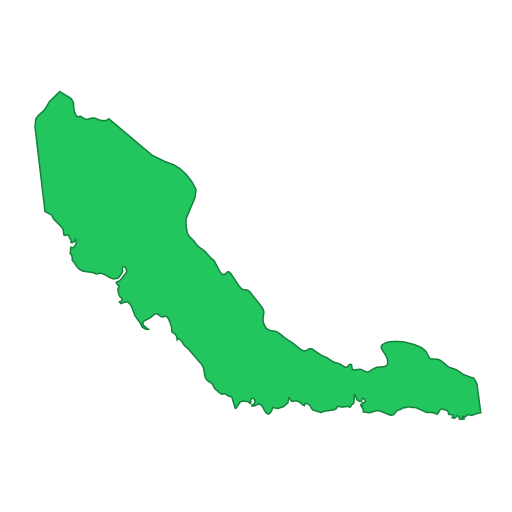 the Province of Central, rotated 353°
{"feature_id": "PNG-1249", "entity_name": "Central", "entity_type": "Province", "adm_level": 1, "iso_a3": "PNG", "parent_name": "Papua New Guinea", "parent_adm1": "", "projection": "natural_earth1", "projection_center": [147.941, -9.068], "detail": "fine", "context": "isolated", "style": "filled", "palette": "green", "viewbox_px": 512, "rotation_deg": 353, "n_neighbors": 0, "source": "natural_earth", "source_scale": "10m", "svg_char_len": 5640}
<svg xmlns="http://www.w3.org/2000/svg" viewBox="0 0 512 512"><g transform="rotate(353 256 256)"><path d="M460.0,439.0L456.4,439.2L452.3,440.2L450.0,440.4L446.9,439.2L445.6,440.2L444.0,441.1L442.0,440.2L441.1,441.3L442.8,442.1L442.8,443.1L439.0,443.1L438.0,442.6L437.6,440.0L436.8,439.2L435.5,439.5L434.4,440.6L433.0,441.3L430.9,440.2L432.3,439.2L432.3,438.2L431.3,437.5L428.2,436.8L427.8,435.7L427.8,434.3L427.1,432.8L421.6,430.3L420.0,431.1L417.7,434.0L416.4,435.2L414.9,434.1L412.5,433.1L409.8,432.5L407.5,432.3L405.9,431.8L397.0,426.5L395.1,425.7L391.8,425.2L389.6,424.5L388.5,424.3L386.1,424.7L385.0,424.8L384.3,424.3L381.4,425.7L379.9,426.1L378.7,426.3L377.0,426.8L375.5,428.1L374.2,429.5L373.2,430.3L370.7,430.6L368.4,429.6L360.0,424.9L358.5,424.5L356.6,424.3L350.2,425.4L348.6,425.3L346.3,424.5L344.7,424.3L343.4,423.7L343.7,420.5L342.6,419.4L342.8,418.9L343.2,417.9L343.4,417.4L342.1,417.5L341.7,417.4L342.4,415.7L343.4,414.9L344.7,414.5L346.4,414.5L347.1,413.3L346.0,411.2L344.3,410.1L343.4,412.1L342.8,413.1L341.4,413.0L340.0,412.2L339.2,411.6L338.6,410.3L337.4,405.6L336.6,405.6L335.8,411.4L334.9,414.2L332.8,415.4L331.5,417.0L331.1,417.6L330.3,417.3L328.9,416.5L323.1,416.5L320.2,415.6L318.6,415.3L317.9,415.9L317.3,417.2L315.8,417.9L313.9,418.3L304.2,418.4L301.8,419.4L293.7,415.8L292.5,414.0L291.4,411.0L289.0,408.8L286.7,408.3L285.7,410.5L283.9,409.2L282.4,407.4L280.6,405.7L278.0,404.6L276.9,404.6L274.6,404.8L273.8,404.6L273.0,403.8L272.2,401.7L271.2,400.7L269.7,405.7L264.8,409.0L258.9,410.0L254.2,408.5L252.4,411.9L251.0,413.4L249.1,414.5L246.8,412.8L245.5,410.1L244.4,407.1L243.1,404.6L241.2,403.3L239.2,403.6L236.9,404.4L233.8,404.6L233.8,403.6L236.2,402.7L237.2,400.4L237.0,398.0L235.5,396.7L234.5,396.9L233.6,397.7L233.1,398.8L232.7,401.8L232.0,401.5L230.4,399.6L225.3,398.3L222.4,399.1L217.7,404.6L216.8,404.6L214.7,392.6L213.5,392.4L211.9,391.8L210.6,391.0L210.0,390.3L209.3,389.2L207.9,389.0L206.2,389.0L205.0,388.9L203.4,387.6L198.9,382.6L198.0,380.4L197.3,378.1L195.7,376.3L193.7,374.7L192.1,373.0L191.1,371.0L190.6,368.7L190.4,362.5L189.9,359.5L188.8,356.9L177.6,340.2L174.3,336.4L173.1,334.5L172.1,332.1L170.7,329.9L168.4,328.5L167.5,329.5L167.4,326.2L166.3,323.9L164.6,322.2L163.4,321.4L163.4,321.1L163.4,315.8L162.4,310.8L161.2,307.2L159.9,305.2L158.6,304.8L155.9,305.1L154.9,304.9L153.9,304.2L151.9,302.2L150.8,301.4L149.3,301.1L147.8,301.7L143.3,304.6L138.1,306.4L137.0,306.9L136.3,307.4L135.8,308.1L135.5,308.8L135.5,309.8L135.9,311.0L136.9,312.4L140.3,315.7L140.2,315.7L138.8,315.6L136.5,314.5L134.4,312.6L132.8,308.1L129.6,302.5L128.4,299.8L126.8,292.8L125.7,289.6L123.6,286.4L121.2,285.6L116.1,286.8L114.8,284.9L116.3,284.5L117.4,283.7L117.8,282.5L117.3,281.0L116.1,280.1L115.0,276.6L114.8,272.3L116.5,269.1L115.8,268.4L115.1,267.5L114.5,266.4L114.0,265.1L114.9,264.7L117.3,264.1L120.1,261.8L120.6,261.7L121.4,260.2L124.9,257.1L125.8,255.3L125.7,253.9L125.3,252.3L124.8,251.0L124.0,250.4L122.4,250.8L121.7,252.2L121.6,253.6L121.9,254.3L121.8,255.3L117.9,259.9L116.5,261.1L112.0,261.5L108.2,259.6L104.5,256.7L100.3,254.3L98.8,254.0L96.6,254.4L95.1,254.3L94.2,253.9L92.4,252.6L83.8,250.4L81.5,249.5L78.4,247.0L76.4,243.8L74.9,240.4L73.0,237.6L73.5,235.6L73.2,233.3L72.5,231.4L71.7,230.6L72.5,229.2L72.7,226.6L73.4,224.7L75.6,225.7L77.4,224.0L78.7,222.2L79.3,220.2L78.9,217.6L77.2,219.6L75.1,220.5L73.9,219.9L74.7,217.6L74.1,217.0L73.5,216.2L73.1,215.3L73.0,214.2L72.3,212.4L70.8,212.0L69.2,212.3L68.3,212.3L67.8,211.1L67.8,209.7L67.9,208.1L67.8,206.8L67.3,205.0L66.6,203.6L60.7,196.0L59.1,193.4L58.5,191.5L57.7,190.0L52.0,186.2L52.4,100.6L54.2,92.9L57.2,89.9L62.4,86.3L64.6,84.3L70.1,77.3L81.2,68.9L91.4,76.9L92.4,78.6L93.5,81.5L93.2,86.2L93.2,88.7L93.5,91.3L94.7,94.8L95.7,95.9L96.8,96.1L98.2,95.9L99.5,96.3L101.9,98.5L103.3,99.3L105.1,99.8L108.6,99.2L110.6,99.1L112.6,99.4L117.1,101.9L118.4,102.4L119.8,102.8L122.4,103.2L123.4,103.2L124.5,103.0L125.4,102.7L126.7,101.9L165.1,143.3L176.7,150.9L185.7,155.6L191.2,160.1L196.9,166.8L201.6,174.8L204.6,182.9L202.4,190.9L191.1,210.6L190.5,214.9L190.3,217.6L190.6,224.3L191.3,226.8L192.4,228.6L196.2,233.5L198.3,237.4L200.3,239.9L202.0,241.6L204.2,243.4L206.2,245.6L210.8,252.3L212.3,253.9L213.4,254.9L214.1,256.2L218.4,267.5L219.5,269.3L220.8,270.3L222.1,270.4L223.4,270.1L224.3,269.6L225.7,268.3L226.4,268.2L227.2,268.5L228.7,270.0L235.3,283.3L236.7,285.5L237.9,286.8L238.8,287.5L239.9,288.0L242.2,288.4L243.6,288.9L245.4,290.7L255.5,307.2L256.6,309.7L257.0,312.3L256.6,314.5L255.4,318.7L255.1,321.2L255.4,324.1L257.1,328.4L258.9,330.4L260.7,331.6L266.1,333.1L267.8,334.0L271.7,337.5L274.5,340.7L282.0,347.0L288.8,354.0L290.8,355.5L292.5,356.1L293.9,356.1L295.3,355.6L296.9,354.8L298.5,354.5L300.3,355.1L308.6,362.4L314.0,365.6L319.2,370.0L321.2,371.2L324.5,372.6L326.3,373.6L330.2,376.7L330.8,377.1L331.4,377.4L332.0,377.5L332.7,377.3L333.5,376.9L334.7,375.8L335.5,375.2L336.3,375.0L337.2,375.2L337.6,375.8L337.7,376.5L337.6,377.6L337.6,378.8L338.1,380.3L339.1,381.0L340.7,381.1L344.5,381.0L346.3,381.4L347.9,382.2L350.8,384.2L352.3,384.8L353.7,384.7L356.8,383.1L360.8,381.6L362.5,381.2L369.4,381.4L371.0,381.2L372.2,380.7L372.9,380.1L373.5,378.8L373.8,377.4L373.8,374.6L373.5,373.0L373.0,371.2L370.0,365.0L369.5,363.7L369.2,362.5L369.3,361.4L369.5,360.4L370.5,359.5L372.7,358.6L375.1,357.8L377.2,357.5L380.6,357.5L384.5,357.8L392.7,359.4L402.2,363.1L409.1,367.1L411.0,369.0L413.1,371.5L415.5,377.9L416.0,379.0L416.8,379.4L423.5,380.6L425.7,381.6L427.6,383.3L433.3,389.3L434.0,389.9L440.4,393.0L443.7,395.5L447.1,398.7L454.2,402.5L457.0,403.5L458.9,407.4L459.7,410.2L460.0,439.0L460.0,439.0Z" fill="#22c55e" stroke="#15803d" stroke-width="1.5"/></g></svg>